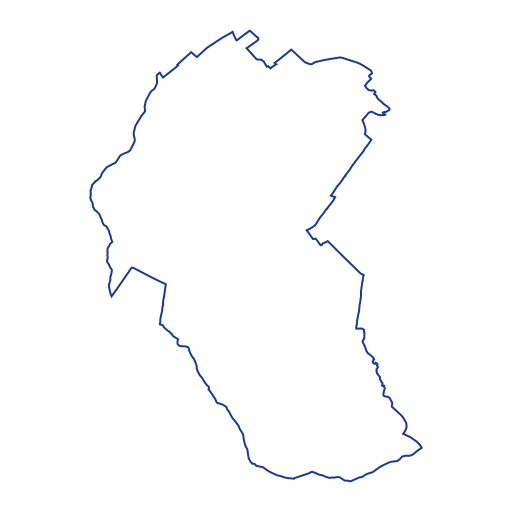 Cristesti, Botosani, Romania (Robinson projection)
{"feature_id": "2599482B85753621682274", "entity_name": "Cristesti", "entity_type": "district", "adm_level": 2, "iso_a3": "ROU", "parent_name": "Romania", "parent_adm1": "Botosani", "projection": "robinson", "projection_center": [26.725, 47.605], "detail": "fine", "context": "isolated", "style": "outline", "palette": "blue", "viewbox_px": 512, "rotation_deg": 0, "n_neighbors": 0, "source": "geoboundaries", "source_scale": "gbopen_adm2", "svg_char_len": 5984}
<svg xmlns="http://www.w3.org/2000/svg" viewBox="0 0 512 512"><path d="M254.9,464.2L256.3,465.8L262.9,467.2L268.0,470.8L269.9,471.9L272.7,473.3L277.5,475.4L280.0,475.9L285.1,477.6L287.3,478.0L294.0,478.7L294.5,478.1L310.0,472.9L310.8,472.2L312.1,471.7L314.0,472.6L315.4,472.7L317.0,473.9L320.0,474.9L322.4,475.3L326.0,476.9L329.5,477.9L331.5,477.6L335.0,477.5L337.8,477.0L338.7,477.1L340.8,478.0L344.7,480.6L348.0,480.7L349.5,481.2L350.6,481.3L359.4,477.4L361.1,477.2L362.9,476.5L366.1,474.3L369.8,473.0L372.6,472.2L379.7,467.1L384.6,464.5L390.4,461.9L397.5,461.0L400.0,459.0L402.2,456.5L405.7,455.7L409.7,455.8L413.0,454.4L417.6,450.6L421.7,447.8L420.0,445.1L416.8,441.7L410.4,437.2L403.2,433.8L405.2,430.9L406.5,427.6L406.5,426.5L406.4,424.2L406.3,423.5L405.6,421.7L402.5,416.7L400.8,414.9L391.8,406.6L392.3,402.9L389.5,397.8L389.1,397.5L387.4,396.8L384.3,396.2L383.5,395.5L383.3,394.8L383.5,393.4L383.8,392.5L383.8,391.3L384.9,388.4L384.2,387.3L384.1,385.7L383.7,385.6L382.8,386.0L382.3,385.9L382.0,385.6L382.5,383.9L382.4,382.9L381.4,382.2L381.2,380.9L379.9,379.5L379.8,379.0L380.1,377.3L378.3,375.1L378.2,374.7L377.8,374.0L377.0,373.3L376.9,372.3L376.5,371.6L376.8,370.4L376.4,369.9L376.4,369.5L377.9,367.4L377.0,365.6L377.1,365.2L377.5,364.8L377.3,363.9L376.8,363.4L375.8,362.8L375.2,363.8L374.0,363.6L373.6,363.3L373.3,362.9L373.2,362.5L372.8,362.2L372.7,361.5L373.4,360.8L373.3,359.9L374.1,359.2L373.5,357.9L370.6,355.2L367.9,353.2L366.2,350.7L366.2,349.8L365.9,349.3L364.7,346.0L362.8,342.3L362.6,341.2L362.9,340.8L363.1,340.2L363.8,339.4L364.3,338.1L364.3,334.1L364.6,333.1L364.1,332.3L364.0,331.7L363.9,330.6L364.1,330.0L362.5,328.6L356.3,328.6L356.2,327.2L356.8,324.7L357.1,320.8L358.1,315.2L359.0,311.6L359.7,304.3L360.1,302.8L361.0,296.1L361.0,292.4L360.9,291.8L362.1,283.8L362.1,282.5L362.6,281.5L363.0,277.6L363.7,275.0L360.7,273.6L342.5,255.8L327.7,241.1L326.5,241.9L322.9,243.4L322.1,244.2L321.5,245.1L320.5,245.2L315.8,238.7L313.0,239.0L306.7,230.2L309.9,228.7L312.4,227.2L315.2,225.2L320.2,217.3L322.9,214.0L326.3,209.2L326.9,208.6L327.1,208.7L328.0,207.3L333.4,200.4L333.6,199.8L335.1,197.2L330.9,195.7L334.3,190.9L337.2,186.3L339.8,183.4L342.3,180.0L343.7,177.6L344.5,176.8L344.3,176.8L349.8,169.5L352.2,165.7L361.8,153.2L364.0,150.5L364.4,149.3L364.9,148.5L368.0,144.6L371.4,139.8L366.0,135.2L365.0,134.2L365.5,131.3L365.5,129.7L365.2,128.1L364.3,124.8L363.2,122.0L362.7,120.4L362.4,120.1L368.7,112.8L369.5,112.3L371.8,111.7L375.7,113.8L379.2,115.1L382.8,115.2L384.8,114.9L385.2,114.7L383.0,113.0L382.8,112.6L383.4,112.3L386.4,111.8L387.3,111.0L389.0,110.3L389.5,109.8L389.5,108.5L387.1,106.4L383.8,104.1L381.4,101.7L379.0,99.7L377.6,98.3L376.8,97.2L376.8,96.3L376.3,95.6L374.1,94.0L374.2,93.5L375.4,92.5L375.5,92.1L375.2,91.7L374.0,90.6L373.2,90.2L371.6,90.7L368.7,90.0L366.5,88.1L365.2,86.1L365.0,85.6L365.7,85.0L367.0,82.9L371.0,79.0L371.1,78.7L369.2,76.5L369.0,76.0L369.6,75.1L372.1,73.3L371.6,71.7L370.9,70.5L362.5,65.2L360.0,63.8L357.4,62.7L343.5,58.2L340.1,57.4L324.2,60.0L315.0,62.2L312.0,64.0L311.2,64.3L310.3,64.2L307.8,63.5L307.7,63.2L306.1,62.8L304.3,61.7L291.3,49.6L280.0,58.8L274.6,62.9L275.2,63.6L275.3,64.0L276.2,64.3L272.5,66.7L270.4,68.4L269.3,67.0L268.6,66.6L268.3,66.2L267.0,66.8L264.7,63.3L264.0,61.8L261.3,59.7L257.8,59.5L256.5,59.2L246.6,48.2L257.6,40.5L257.7,40.0L258.4,39.6L258.1,37.6L257.2,37.2L256.4,36.6L249.9,30.7L249.4,30.9L244.6,34.4L236.8,40.4L236.4,40.3L235.7,39.0L233.9,35.3L232.6,31.8L231.2,32.8L223.0,37.3L214.8,42.6L207.0,47.8L196.9,57.1L191.2,52.2L177.4,64.6L178.1,65.4L175.1,68.0L163.0,77.5L160.6,74.1L160.0,72.7L159.7,72.6L157.5,74.5L156.9,75.3L156.7,76.3L157.1,82.8L156.2,85.3L154.5,88.7L151.6,90.9L150.3,92.4L146.7,99.2L145.8,101.1L144.6,106.5L145.1,111.0L144.7,111.9L141.5,115.8L136.4,124.2L135.5,125.8L134.2,130.5L133.7,133.1L133.7,134.2L134.7,139.4L134.8,140.3L134.6,141.3L134.3,142.2L130.5,149.8L129.7,150.8L127.7,152.1L123.1,153.9L120.8,155.1L120.0,155.9L116.1,162.0L115.5,162.7L107.7,166.6L106.9,167.1L105.9,168.2L101.9,173.3L101.0,175.9L100.4,177.1L99.7,178.0L96.9,180.5L95.0,181.5L95.2,181.8L92.4,184.6L92.1,185.2L91.7,187.3L91.0,189.6L90.6,190.3L90.5,191.1L90.8,192.9L90.7,195.1L90.3,198.0L90.4,198.4L91.0,199.3L91.1,200.4L92.4,202.6L92.8,204.3L92.9,206.7L93.2,207.4L94.1,208.4L94.4,209.7L96.7,211.4L99.3,214.2L100.5,217.2L101.6,219.2L102.1,221.3L103.1,223.8L104.4,225.4L105.7,226.0L107.0,227.0L107.5,228.6L108.6,230.0L109.9,234.5L110.7,236.2L110.9,238.3L112.3,242.0L110.4,243.5L109.8,244.4L109.4,245.7L107.8,248.0L107.6,248.9L107.4,249.9L107.5,251.1L107.4,251.9L107.7,252.7L107.4,253.7L107.4,255.4L107.7,257.3L107.0,261.4L107.4,262.4L108.6,263.9L110.1,267.3L111.5,269.2L111.9,270.3L111.5,273.0L110.2,277.7L110.4,280.0L108.8,285.3L109.1,287.4L109.9,291.1L110.6,293.8L111.6,296.3L117.9,287.6L127.5,273.6L128.4,272.5L131.0,268.4L131.8,267.6L133.7,268.0L149.1,276.1L158.7,280.9L165.8,284.2L163.9,297.5L163.4,299.6L162.9,303.6L163.1,304.1L163.2,305.0L163.0,305.4L162.7,305.6L162.0,311.2L160.4,318.6L160.3,321.3L159.9,324.4L162.9,325.3L163.4,325.9L163.5,326.6L164.0,327.4L167.6,330.6L169.4,331.7L172.2,334.5L172.3,335.2L172.8,335.7L174.5,337.1L177.9,339.0L178.0,339.7L177.5,341.4L177.5,343.6L177.7,344.2L178.8,345.4L179.5,345.9L180.8,346.1L186.0,346.5L188.0,347.2L188.7,348.3L189.0,349.6L189.9,352.3L191.5,355.6L192.3,356.7L192.8,357.8L193.6,358.2L195.9,363.5L196.7,366.2L196.8,368.7L197.1,370.0L198.3,372.4L199.7,375.1L202.4,378.3L204.7,382.2L207.1,385.4L208.1,386.1L208.9,387.2L209.0,387.9L208.6,389.0L208.6,389.6L209.1,389.6L209.8,391.1L211.6,393.4L213.2,396.1L214.3,397.5L215.7,400.0L216.2,401.5L216.7,402.3L217.1,402.7L218.3,403.3L219.5,403.5L221.9,404.3L224.7,405.8L226.0,406.7L226.8,408.0L227.0,409.3L228.6,411.0L232.0,417.3L233.5,419.4L234.9,420.9L238.2,425.3L239.1,427.0L239.5,428.5L243.1,434.4L243.8,439.5L245.1,444.8L245.8,446.9L247.1,448.7L247.6,450.8L248.0,454.3L248.7,458.1L248.9,458.7L250.8,462.1L252.0,463.2L252.3,463.7L254.1,463.8L254.9,464.2Z" fill="none" stroke="#1e3a8a" stroke-width="2"/></svg>